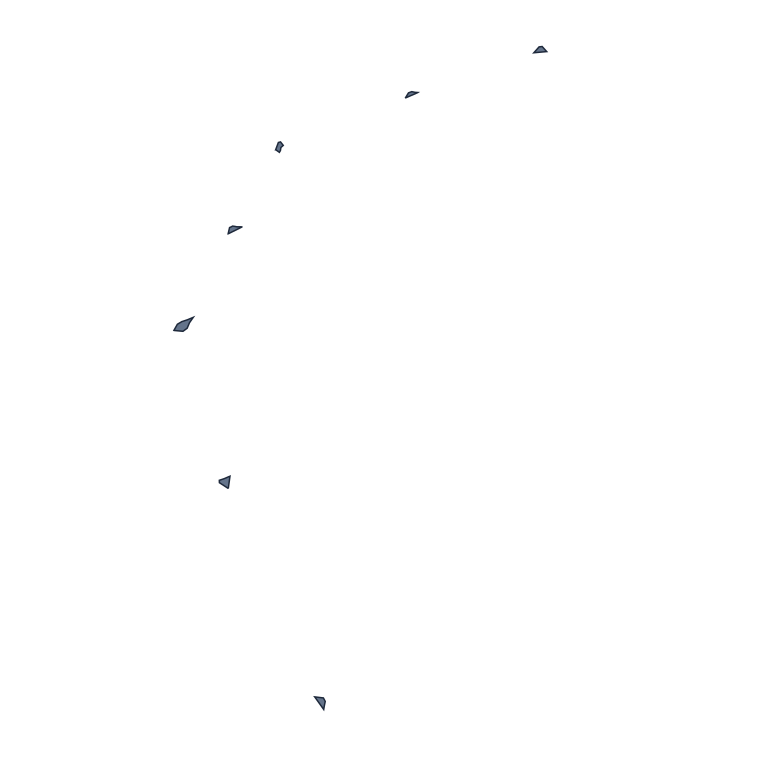 the Atoll of Gaafu Dhaalu, rotated 83°
{"feature_id": "MDV-5241", "entity_name": "Gaafu Dhaalu", "entity_type": "Atoll", "adm_level": 1, "iso_a3": "MDV", "parent_name": "Maldives", "parent_adm1": "", "projection": "mercator", "projection_center": [73.082, 0.355], "detail": "fine", "context": "isolated", "style": "filled", "palette": "slate", "viewbox_px": 768, "rotation_deg": 83, "n_neighbors": 0, "source": "natural_earth", "source_scale": "10m", "svg_char_len": 873}
<svg xmlns="http://www.w3.org/2000/svg" viewBox="0 0 768 768"><g transform="rotate(83 384 384)"><path d="M294.6,565.2L299.5,569.6L304.7,572.6L307.2,577.1L305.3,585.8L305.2,586.0L299.5,581.8L298.0,578.3L297.4,577.0L297.3,576.3L296.3,571.3L294.6,565.2ZM456.7,548.1L468.8,551.3L468.7,551.3L461.9,559.4L459.5,559.2L458.5,554.2L456.7,548.1ZM699.7,483.5L686.1,490.9L688.2,482.4L691.9,481.0L695.7,482.3L699.7,483.5ZM210.8,505.3L210.8,505.7L215.9,520.2L215.9,520.4L209.9,518.2L209.4,516.5L208.8,515.0L209.4,512.8L210.1,510.7L210.1,510.2L210.8,505.3ZM73.9,182.0L73.5,194.9L68.3,189.0L68.3,185.9L73.9,182.0ZM134.9,454.9L136.7,457.5L139.8,458.4L140.7,459.2L141.3,459.6L138.3,462.9L138.3,463.0L131.4,459.4L131.1,457.2L134.9,454.9ZM98.8,314.9L98.9,315.1L102.7,327.8L102.9,328.1L98.0,324.2L97.2,320.8L98.3,317.6L98.8,314.9Z" fill="#64748b" stroke="#1e293b" stroke-width="1.5"/></g></svg>